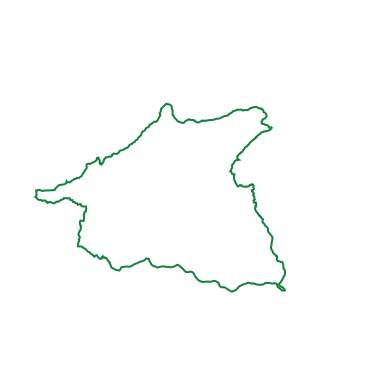 Rovira, Tolima, Colombia, rotated 213°
{"feature_id": "7082276B59916866307322", "entity_name": "Rovira", "entity_type": "district", "adm_level": 2, "iso_a3": "COL", "parent_name": "Colombia", "parent_adm1": "Tolima", "projection": "robinson", "projection_center": [-75.359, 4.193], "detail": "fine", "context": "isolated", "style": "outline", "palette": "green", "viewbox_px": 384, "rotation_deg": 213, "n_neighbors": 0, "source": "geoboundaries", "source_scale": "gbopen_adm2", "svg_char_len": 6061}
<svg xmlns="http://www.w3.org/2000/svg" viewBox="0 0 384 384"><g transform="rotate(213 192 192)"><path d="M172.0,243.1L170.2,244.6L172.2,244.8L173.5,246.5L173.1,249.4L172.6,250.4L172.8,251.5L172.1,252.1L171.8,252.9L171.8,255.6L171.5,256.4L171.8,258.0L170.7,260.4L170.9,261.0L170.6,261.3L170.6,262.0L170.2,262.9L170.4,264.4L170.1,264.9L170.2,265.8L169.4,267.4L169.6,267.9L169.0,268.9L169.0,269.5L168.4,270.4L168.4,271.3L168.0,271.9L168.3,272.8L167.7,273.3L167.9,274.1L167.5,275.8L166.4,277.9L166.4,279.7L165.1,280.8L164.7,282.0L163.6,282.7L161.2,285.2L160.8,286.6L160.2,286.9L160.4,288.4L160.1,289.2L160.8,289.4L161.9,288.3L162.4,288.1L164.8,289.2L167.9,288.1L169.1,288.2L170.2,287.4L171.4,287.8L172.1,289.1L171.7,290.0L172.2,291.0L172.0,291.9L170.9,293.3L170.6,296.3L172.2,297.7L174.1,298.4L174.8,297.9L175.5,297.9L176.7,299.4L178.1,299.7L178.7,299.2L179.6,299.5L179.8,299.1L180.6,299.2L181.4,298.6L184.5,298.5L184.9,297.7L186.4,297.0L188.0,294.7L188.6,294.5L189.0,292.7L190.4,290.5L192.2,289.6L193.8,288.0L195.7,287.9L197.9,286.1L198.9,285.8L200.1,283.7L201.7,281.8L201.9,280.1L203.5,277.5L203.4,276.1L203.7,275.6L206.3,273.1L209.2,268.4L211.7,266.4L213.0,264.6L214.5,263.2L217.1,261.4L217.6,260.5L219.0,259.9L219.5,258.7L220.7,258.5L221.3,257.6L222.5,257.5L223.8,254.4L225.0,253.5L226.2,253.0L227.5,253.2L228.3,252.7L228.7,253.2L229.6,253.4L232.5,251.6L234.1,251.5L234.6,250.1L235.0,249.9L236.1,247.9L236.5,245.7L237.2,244.9L241.9,243.6L246.5,244.6L248.1,245.4L248.9,246.1L249.9,245.9L250.9,247.0L252.8,250.1L254.0,250.6L255.9,252.9L258.8,253.2L260.1,252.3L261.6,252.1L263.2,245.1L261.7,241.2L262.1,240.3L260.8,239.4L260.2,238.5L260.4,237.3L259.9,233.9L260.2,231.3L261.6,230.8L263.1,227.6L263.3,226.3L264.2,225.4L263.7,223.8L264.2,222.1L265.3,220.8L265.2,217.5L266.4,215.6L265.7,211.3L266.7,208.4L266.4,206.3L267.4,204.5L267.2,203.4L268.2,201.3L268.3,200.1L269.2,199.1L270.1,197.2L269.9,196.3L270.2,194.2L271.4,192.6L272.9,189.6L274.9,187.5L275.1,184.5L275.8,182.9L278.7,181.6L278.8,180.1L279.4,179.3L278.8,178.6L279.4,177.3L280.8,176.5L282.5,174.5L283.2,174.1L283.0,172.9L283.5,172.2L282.6,168.3L283.0,167.0L282.8,165.8L283.9,165.3L284.9,165.6L285.2,166.0L284.7,166.6L286.3,167.6L286.8,168.3L288.9,169.2L289.2,169.8L290.2,168.8L289.8,167.4L289.4,167.1L289.4,166.2L290.6,163.6L291.5,162.7L292.4,160.3L292.9,159.9L293.9,159.8L295.2,158.2L295.2,157.0L293.8,155.5L293.3,154.4L293.5,147.8L293.2,145.6L294.6,142.0L296.5,140.8L296.7,139.7L297.6,138.9L298.8,136.4L299.8,133.4L300.5,133.3L301.9,132.3L303.0,132.7L302.3,130.9L303.1,129.2L307.4,125.1L308.4,121.0L308.3,118.7L316.3,113.0L317.6,111.7L318.6,111.2L320.9,110.8L322.2,109.8L322.7,108.8L323.5,108.4L320.6,104.7L320.7,102.5L319.0,102.5L317.5,101.9L316.2,102.0L314.2,103.1L312.8,103.0L311.1,104.8L310.0,104.8L309.2,104.3L308.2,104.9L307.0,104.2L306.3,105.7L305.4,106.6L303.0,106.8L301.7,107.2L300.6,108.7L300.6,109.9L298.5,111.6L297.1,114.8L295.9,116.0L296.1,117.2L292.1,119.3L291.6,120.0L290.8,120.0L289.6,119.1L287.8,120.1L286.5,118.8L284.8,119.7L283.9,119.1L282.2,119.9L281.4,119.8L280.9,119.1L278.8,121.2L277.7,120.3L276.3,120.1L272.9,122.1L271.7,120.5L271.5,119.4L270.8,118.7L270.4,117.7L271.2,116.6L270.9,115.5L270.2,114.8L270.1,113.4L269.5,113.0L269.3,112.4L268.7,112.1L267.2,108.9L267.5,108.2L269.7,107.5L269.9,106.2L268.8,104.4L267.4,103.2L266.7,103.2L266.5,102.3L265.5,101.4L265.3,100.1L264.8,99.3L265.0,97.7L264.3,94.8L264.0,94.3L262.7,93.8L261.2,92.7L261.1,90.5L260.1,89.8L259.4,86.4L258.1,84.3L254.7,86.2L253.2,85.9L250.9,86.2L246.7,85.3L245.8,85.3L244.8,85.7L243.1,85.0L241.1,85.2L238.7,84.5L238.2,86.1L237.2,87.2L235.0,86.0L232.6,85.9L231.9,86.3L232.1,88.9L231.8,89.5L230.8,88.5L230.1,89.4L229.8,89.3L229.2,89.6L228.7,89.3L228.1,89.7L226.7,89.7L224.1,88.2L223.3,88.4L222.4,88.0L222.2,87.1L219.6,85.9L218.8,84.9L213.9,85.1L210.2,86.5L210.0,87.3L210.1,90.5L206.7,93.6L204.0,95.1L202.5,96.7L201.2,99.7L198.8,103.1L198.0,104.9L196.7,106.1L194.8,108.5L194.2,111.4L193.9,111.6L193.0,111.7L192.0,112.4L189.9,110.8L186.1,109.0L183.3,109.0L182.7,109.5L180.0,109.7L176.4,113.5L168.6,117.4L166.1,120.1L165.1,122.3L164.1,123.2L162.9,123.3L158.8,122.8L153.4,121.5L151.0,123.1L150.3,124.3L148.0,125.0L146.3,124.7L143.5,123.0L141.6,122.3L138.9,121.6L137.1,121.6L134.6,122.1L133.0,123.1L130.4,125.2L127.5,126.8L125.4,129.3L123.6,130.1L120.2,130.2L118.1,128.6L117.0,128.1L115.3,128.2L112.5,129.9L105.4,129.9L104.2,130.2L101.8,133.7L101.0,138.2L99.5,141.2L95.6,146.2L94.9,146.8L91.5,147.9L90.9,148.9L87.6,149.5L86.0,150.4L83.6,151.8L81.7,153.5L81.0,155.5L80.4,156.0L76.8,158.2L74.9,158.9L73.7,160.0L71.6,161.1L70.2,160.6L68.7,159.2L67.2,158.9L65.1,158.9L63.1,158.5L61.4,159.1L60.5,160.1L61.5,160.8L63.6,161.4L67.3,161.1L69.0,162.3L68.4,165.1L68.7,166.5L68.4,167.7L68.9,168.7L68.8,170.2L69.1,171.1L68.9,172.8L70.9,176.4L71.7,177.0L73.4,177.5L76.2,181.2L78.6,182.4L79.6,181.6L81.2,181.5L81.9,180.9L83.7,181.1L84.2,181.4L84.3,182.1L85.7,184.4L86.5,184.1L87.1,184.6L89.3,184.7L91.1,185.3L92.3,186.3L94.2,187.1L95.6,188.5L96.1,189.5L96.1,190.4L97.6,192.6L97.9,194.1L98.7,195.5L98.9,196.7L100.6,198.3L106.6,200.2L107.9,201.7L108.0,202.2L109.1,203.1L112.8,203.8L113.6,204.5L116.3,205.1L117.1,206.0L117.6,207.8L118.8,207.7L120.9,208.8L121.7,208.5L122.2,209.2L122.7,209.3L123.4,208.9L124.9,209.9L125.6,209.9L126.0,210.2L128.0,210.8L130.0,212.2L130.7,213.7L130.3,214.6L131.2,215.1L131.0,216.1L132.5,217.9L132.9,218.0L133.8,217.0L134.4,217.0L134.6,217.4L135.5,217.8L135.8,218.6L135.2,219.9L136.2,220.5L137.1,222.0L139.0,222.5L139.1,224.1L139.5,224.7L140.3,224.6L141.1,225.3L142.1,225.2L142.6,225.5L142.8,226.1L142.0,226.6L141.8,228.4L143.0,229.2L143.9,231.1L145.1,231.5L145.9,231.3L145.8,230.4L147.2,229.5L147.5,228.9L147.3,228.2L147.5,227.6L149.0,226.6L149.5,225.6L150.0,225.7L152.0,224.4L153.6,224.2L154.5,224.6L155.0,223.7L155.6,223.7L156.2,221.9L156.8,221.6L159.2,222.9L160.6,223.3L161.3,224.2L163.1,225.0L163.9,226.4L165.0,227.3L166.1,230.0L167.8,228.9L170.3,230.5L171.1,230.2L171.0,231.0L171.6,233.7L171.5,234.1L173.1,236.4L172.7,238.3L173.0,241.3L172.0,243.1Z" fill="none" stroke="#15803d" stroke-width="2"/></g></svg>